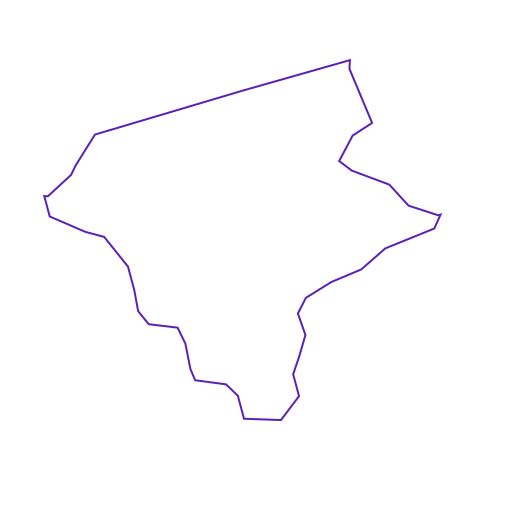 Lerum, Västra Götaland, Sweden, rotated 165°
{"feature_id": "70781695B46333437136536", "entity_name": "Lerum", "entity_type": "district", "adm_level": 2, "iso_a3": "SWE", "parent_name": "Sweden", "parent_adm1": "Västra Götaland", "projection": "equal_earth", "projection_center": [12.359, 57.865], "detail": "fine", "context": "isolated", "style": "outline", "palette": "violet", "viewbox_px": 512, "rotation_deg": 165, "n_neighbors": 0, "source": "geoboundaries", "source_scale": "gbopen_adm2", "svg_char_len": 687}
<svg xmlns="http://www.w3.org/2000/svg" viewBox="0 0 512 512"><g transform="rotate(165 256 256)"><path d="M114.6,420.9L226.3,419.2L380.1,415.0L406.8,390.1L413.5,382.3L441.6,367.5L445.0,368.7L445.0,347.5L414.6,323.5L397.7,313.7L382.4,278.9L382.4,254.9L384.1,233.2L377.3,217.9L350.3,207.1L346.9,189.7L348.6,163.7L346.9,151.7L318.2,139.8L309.7,125.7L309.7,101.9L278.0,92.2L274.3,91.1L273.7,91.6L250.7,109.5L250.7,132.2L240.5,147.4L228.7,166.9L230.4,189.7L218.6,202.7L189.9,211.4L157.8,215.8L129.1,229.9L76.7,236.4L67.0,248.2L69.5,248.2L95.6,265.1L108.7,290.4L141.3,313.6L151.1,326.2L131.5,347.3L109.4,354.5L117.3,412.6L114.6,420.9Z" fill="none" stroke="#5b21b6" stroke-width="2"/></g></svg>